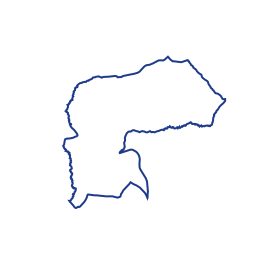 outline of Siem Bouk, Stœng Trêng, Cambodia, rotated 139°
{"feature_id": "14789045B16861695729461", "entity_name": "Siem Bouk", "entity_type": "district", "adm_level": 2, "iso_a3": "KHM", "parent_name": "Cambodia", "parent_adm1": "Stœng Trêng", "projection": "mercator", "projection_center": [105.84, 13.315], "detail": "fine", "context": "isolated", "style": "outline", "palette": "blue", "viewbox_px": 256, "rotation_deg": 139, "n_neighbors": 0, "source": "geoboundaries", "source_scale": "gbopen_adm2", "svg_char_len": 5797}
<svg xmlns="http://www.w3.org/2000/svg" viewBox="0 0 256 256"><g transform="rotate(139 128 128)"><path d="M51.1,155.6L55.5,155.5L56.8,155.8L57.7,156.4L59.3,158.0L60.8,159.0L66.8,160.4L70.3,161.6L73.1,163.4L75.6,163.7L81.8,163.0L82.8,163.0L84.6,163.4L87.4,164.7L97.1,170.2L97.6,170.5L99.6,170.8L101.0,172.0L102.5,173.0L102.6,174.4L103.4,175.6L108.8,179.3L112.7,182.4L113.9,183.1L114.2,183.0L114.5,183.3L114.9,183.4L116.2,186.1L118.6,187.7L119.9,188.0L120.4,188.6L121.4,189.1L122.8,188.8L123.5,188.8L124.5,189.3L125.8,189.7L126.7,189.5L127.4,190.2L128.2,190.4L128.7,190.5L129.3,190.3L130.7,191.4L132.3,192.3L133.1,192.3L134.7,193.3L136.2,193.5L138.6,193.4L138.9,193.2L138.9,192.4L139.4,192.1L141.2,193.0L141.8,192.8L141.8,192.4L142.5,192.0L143.2,191.3L144.1,191.2L144.9,191.3L145.3,191.0L145.5,190.3L146.7,189.8L146.9,189.3L148.4,188.8L148.7,188.2L148.6,187.8L149.5,187.6L149.9,187.2L150.9,186.7L151.4,185.6L151.8,185.6L152.3,186.0L152.9,185.9L153.2,186.4L154.4,186.0L154.6,185.5L155.9,185.0L156.2,185.1L156.7,184.9L156.8,185.1L157.2,184.8L158.4,185.1L158.3,184.4L159.8,183.0L160.8,182.7L161.5,182.0L162.7,182.0L163.1,181.6L164.0,181.6L163.9,180.3L163.5,180.0L163.4,178.9L163.4,178.7L164.4,177.8L164.3,176.8L164.7,175.8L164.9,175.5L165.8,175.2L166.5,174.5L166.6,173.2L167.2,173.0L167.6,172.6L167.6,171.8L168.2,171.6L168.9,170.1L168.9,169.5L168.4,168.4L168.5,168.2L168.8,168.3L169.5,168.8L169.7,168.6L169.4,167.9L170.2,166.9L170.3,165.0L169.9,161.5L170.2,157.3L170.7,155.8L171.3,155.4L171.7,155.4L175.9,156.7L178.1,157.9L180.1,159.2L180.8,160.0L182.8,160.7L184.0,160.0L187.0,157.5L188.7,157.0L188.7,155.9L188.9,155.6L189.2,155.4L189.4,154.6L189.2,153.5L189.5,153.1L189.1,152.6L189.1,151.9L189.2,151.6L189.9,151.4L189.4,150.9L189.5,150.1L188.7,149.5L189.0,149.0L188.7,148.4L188.9,148.3L189.2,148.0L188.9,147.7L189.5,147.5L189.7,147.2L189.2,146.5L189.5,145.6L190.1,145.4L190.2,144.9L190.7,144.4L190.9,143.9L191.8,143.3L191.3,142.5L191.4,142.3L192.5,141.2L192.4,140.8L193.1,140.5L193.5,140.2L193.5,139.4L193.8,139.3L194.1,139.4L195.1,139.1L195.3,138.5L196.1,138.2L196.3,138.0L196.0,136.2L196.9,134.4L197.0,134.3L198.1,134.2L199.0,134.4L199.3,134.0L199.8,133.8L199.6,133.1L199.7,132.5L200.1,132.2L200.2,131.8L200.0,131.3L200.0,130.9L199.8,130.6L200.2,129.9L200.6,129.8L201.1,129.4L201.9,129.0L202.1,129.2L202.6,129.0L203.1,128.7L203.4,128.1L203.7,128.2L203.9,127.9L203.8,127.4L204.1,127.1L203.7,126.9L203.7,126.6L203.8,126.2L204.3,125.5L204.3,124.9L205.0,124.7L205.3,124.2L205.2,124.0L205.6,123.7L205.8,122.8L206.3,122.3L206.9,122.1L207.2,121.8L208.1,121.5L208.3,120.6L208.6,120.3L208.8,119.2L208.7,118.8L208.2,119.3L208.0,118.0L207.8,117.9L207.7,117.3L207.1,116.8L207.3,116.2L208.1,115.8L208.1,115.6L208.5,115.2L209.6,114.7L210.4,114.7L212.1,113.5L212.4,113.5L212.6,113.8L212.7,113.6L213.2,113.7L213.2,113.3L213.7,112.9L213.9,112.3L214.4,112.2L215.0,112.3L215.9,111.4L216.8,111.4L217.2,111.5L217.6,111.2L218.7,110.9L219.9,111.3L220.1,111.5L220.2,110.6L220.1,105.7L220.3,103.7L220.1,102.2L219.7,101.7L218.8,101.5L217.7,101.4L217.2,101.2L216.9,100.5L216.1,100.2L214.7,100.3L209.4,100.9L207.9,101.3L205.5,102.2L202.2,104.1L201.7,104.0L197.7,99.4L195.8,97.7L189.2,90.6L184.5,86.6L183.2,84.6L181.5,82.3L181.2,82.0L180.0,81.7L179.7,81.5L179.0,81.3L178.2,81.5L176.5,82.8L174.8,83.1L172.6,84.0L163.6,84.9L161.7,85.4L160.6,81.9L159.2,78.9L158.1,75.1L157.8,68.0L158.3,65.3L159.2,62.5L158.6,62.9L156.5,65.3L154.7,66.9L148.7,75.2L147.5,78.5L145.9,88.4L145.2,90.5L143.0,93.3L139.5,96.8L138.2,99.0L137.5,101.2L137.3,103.1L137.5,105.0L138.5,107.8L139.0,108.8L140.0,109.8L140.5,110.1L150.6,114.4L150.5,114.8L149.5,115.2L148.2,115.2L147.6,115.4L146.2,115.1L146.5,114.8L145.5,114.7L144.4,115.0L143.6,115.6L142.9,115.8L140.6,119.4L138.7,120.3L137.7,121.3L136.9,122.6L134.9,123.7L132.5,124.8L130.4,124.9L129.5,124.6L128.3,123.5L125.9,123.2L125.6,123.0L124.7,122.0L123.8,120.2L122.9,119.2L122.4,118.1L122.2,117.4L121.3,117.0L120.3,116.8L119.3,116.3L118.0,114.6L117.0,112.6L116.2,112.0L113.8,111.3L113.3,111.0L113.2,109.9L112.8,109.2L112.5,109.2L111.5,108.4L110.8,107.3L108.6,106.6L106.9,105.7L103.9,104.7L103.1,104.1L102.4,102.8L102.0,102.8L101.5,103.3L101.2,103.5L100.7,103.3L100.1,103.3L100.0,102.7L99.3,102.3L99.1,102.0L98.5,102.0L97.7,102.7L97.0,102.3L96.6,101.7L95.9,101.4L95.3,101.8L95.2,101.3L95.3,101.0L95.3,100.3L95.1,99.8L94.8,99.4L94.2,99.3L93.7,99.5L93.2,98.8L93.6,98.3L93.4,97.4L92.7,96.7L91.6,96.3L90.2,96.3L90.1,96.1L90.4,95.1L90.0,95.2L89.9,95.4L89.4,95.0L89.0,95.1L89.2,94.8L89.0,94.3L88.4,93.8L87.2,94.0L86.8,93.9L86.4,93.3L86.2,93.3L85.7,93.8L85.1,93.2L84.1,93.3L83.3,92.8L83.2,92.5L83.4,92.2L83.1,91.9L82.5,92.0L82.0,92.3L81.0,92.3L80.1,92.0L79.4,91.6L78.1,91.5L77.0,91.2L77.2,90.7L76.8,90.1L77.0,89.5L76.9,88.9L74.9,87.3L74.8,87.1L75.0,86.5L74.2,86.4L74.1,85.8L73.2,85.0L73.1,84.7L73.6,84.3L73.6,83.9L73.5,83.7L72.7,83.3L72.6,82.8L72.9,82.2L72.1,82.2L71.5,82.0L71.1,81.7L70.9,81.7L70.9,81.4L71.5,81.4L71.5,81.1L71.2,81.1L70.8,80.3L70.0,80.1L69.2,79.4L69.0,79.0L68.2,79.0L66.1,77.5L66.1,76.9L65.4,76.6L65.4,76.1L65.2,75.9L64.9,76.0L64.5,75.9L64.4,75.6L63.8,75.8L62.7,75.4L61.6,76.0L60.6,76.9L60.2,76.9L59.6,77.4L59.1,77.6L57.2,79.6L54.8,80.8L54.8,81.2L54.4,81.7L52.7,81.9L52.3,82.1L51.8,82.0L51.5,82.2L51.0,82.2L50.4,82.7L49.2,83.0L48.0,83.0L45.3,83.9L43.2,84.2L39.9,84.2L37.7,84.5L36.8,84.8L35.7,86.1L37.1,87.1L37.5,87.9L37.4,88.8L36.9,91.2L37.2,93.2L37.7,95.0L38.9,96.5L39.2,97.4L38.8,100.3L39.1,101.1L38.8,102.1L39.1,103.9L38.6,105.6L38.5,107.9L37.4,110.6L37.4,111.4L38.3,114.3L38.8,117.3L38.5,118.5L37.8,119.7L37.7,120.3L38.4,122.1L38.7,123.8L38.7,125.4L38.4,127.7L39.1,130.7L38.7,131.3L38.7,132.1L38.5,132.6L39.1,134.1L38.7,135.3L38.7,137.3L38.3,137.9L38.3,138.5L38.6,139.0L38.4,140.1L44.6,142.7L50.1,148.8L50.5,149.0L51.1,151.9L51.1,155.6Z" fill="none" stroke="#1e3a8a" stroke-width="2"/></g></svg>